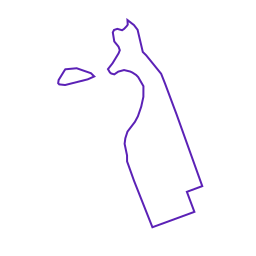 the district of Ottawa, Ohio, United States of America, rotated 250°
{"feature_id": "52423323B40981635802423", "entity_name": "Ottawa", "entity_type": "district", "adm_level": 2, "iso_a3": "USA", "parent_name": "United States of America", "parent_adm1": "Ohio", "projection": "orthographic", "projection_center": [-82.902, 41.591], "detail": "fine", "context": "isolated", "style": "outline", "palette": "violet", "viewbox_px": 256, "rotation_deg": 250, "n_neighbors": 0, "source": "geoboundaries", "source_scale": "gbopen_adm2", "svg_char_len": 921}
<svg xmlns="http://www.w3.org/2000/svg" viewBox="0 0 256 256"><g transform="rotate(250 128 128)"><path d="M156.9,178.0L167.6,177.7L190.2,169.9L194.4,167.9L217.0,170.6L222.7,168.8L229.6,164.4L225.2,163.1L224.1,161.5L222.5,158.3L222.1,156.7L221.9,155.9L224.8,151.9L224.9,148.4L223.0,146.4L214.0,144.7L207.7,146.9L204.3,146.9L203.9,146.9L201.4,144.7L194.1,135.6L190.2,129.3L186.4,130.0L184.9,130.9L183.1,133.5L184.3,138.1L183.8,144.1L180.3,149.4L178.6,151.1L175.0,153.8L172.3,155.0L162.0,156.8L152.0,153.1L143.5,147.7L135.6,141.3L131.4,136.6L124.8,126.3L119.3,122.0L114.3,119.4L102.5,117.7L96.9,115.7L92.2,115.7L76.4,115.6L26.4,117.0L26.5,161.7L47.9,161.5L48.0,177.9L124.4,178.3L132.5,178.2L132.9,178.2L156.9,178.0ZM187.5,106.8L188.0,113.9L192.2,111.9L196.0,107.2L201.7,100.2L204.6,89.2L204.4,88.9L203.7,87.9L196.8,79.2L194.0,77.7L192.5,78.3L189.9,83.6L187.5,106.8Z" fill="none" stroke="#5b21b6" stroke-width="2"/></g></svg>